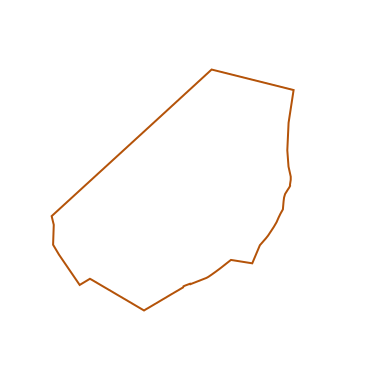 San Francisco Nuxaño, Oaxaca, Mexico, rotated 220°
{"feature_id": "50627088B26154437213444", "entity_name": "San Francisco Nuxaño", "entity_type": "district", "adm_level": 2, "iso_a3": "MEX", "parent_name": "Mexico", "parent_adm1": "Oaxaca", "projection": "equal_earth", "projection_center": [-97.347, 17.362], "detail": "fine", "context": "isolated", "style": "outline", "palette": "amber", "viewbox_px": 384, "rotation_deg": 220, "n_neighbors": 0, "source": "geoboundaries", "source_scale": "gbopen_adm2", "svg_char_len": 778}
<svg xmlns="http://www.w3.org/2000/svg" viewBox="0 0 384 384"><g transform="rotate(220 192 192)"><path d="M264.5,62.3L253.6,58.5L218.3,48.6L214.4,59.9L212.5,60.3L162.7,68.7L152.6,70.4L151.6,73.4L151.3,74.1L142.1,100.3L137.5,113.2L137.7,113.8L137.9,114.3L137.0,116.1L134.8,120.0L134.5,120.5L134.0,120.3L125.7,135.5L124.9,137.6L124.0,140.8L122.7,145.8L121.4,151.2L119.3,161.2L118.5,165.0L100.0,176.1L105.8,194.9L105.6,204.2L105.7,207.6L106.9,217.9L107.8,223.2L109.3,228.3L110.3,232.3L111.2,237.1L115.9,243.8L117.9,246.9L119.4,250.3L120.1,255.2L120.4,257.8L120.8,259.8L121.4,260.2L124.2,264.8L126.2,267.2L128.8,269.2L134.4,273.5L145.8,285.2L162.5,307.1L179.7,335.4L255.7,298.4L266.0,219.7L284.0,83.3L276.8,78.0L264.5,62.3Z" fill="none" stroke="#b45309" stroke-width="2"/></g></svg>